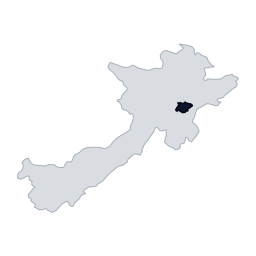 Viengkham, Louangphrabang, Laos (highlighted), rotated 89°
{"feature_id": "54806243B97421577673591", "entity_name": "Viengkham", "entity_type": "district", "adm_level": 2, "iso_a3": "LAO", "parent_name": "Laos", "parent_adm1": "Louangphrabang", "projection": "natural_earth1", "projection_center": [103.07, 20.384], "detail": "fine", "context": "in_parent", "style": "filled", "palette": "ink", "viewbox_px": 256, "rotation_deg": 89, "n_neighbors": 0, "source": "geoboundaries", "source_scale": "gbopen_adm2", "svg_char_len": 5826}
<svg xmlns="http://www.w3.org/2000/svg" viewBox="0 0 256 256"><g transform="rotate(89 128 128)"><path d="M89.2,19.8L90.4,22.3L96.1,29.0L97.0,30.8L99.1,32.1L100.8,38.1L101.6,38.4L102.5,38.0L103.2,37.2L103.8,34.9L104.2,34.7L104.8,36.5L106.4,37.1L107.1,37.9L107.3,39.4L107.1,40.8L105.8,44.2L105.0,48.7L110.5,58.4L112.8,59.8L118.4,61.4L122.1,63.5L123.8,63.0L125.5,60.6L127.5,59.2L131.2,57.2L132.3,57.0L134.4,57.9L137.7,60.3L142.9,64.8L142.7,66.0L141.8,67.2L139.0,69.0L138.2,70.1L138.7,70.6L141.0,70.9L143.7,71.9L144.5,73.1L144.9,75.8L145.4,76.3L147.9,76.0L148.7,76.3L149.6,77.2L150.5,79.4L150.5,81.1L148.0,84.1L147.7,85.9L146.4,88.0L143.0,91.5L142.1,91.7L135.8,89.8L130.8,90.0L130.4,90.8L131.3,92.9L131.5,95.0L130.7,96.6L127.9,98.7L127.8,99.6L128.4,100.6L132.5,102.5L145.9,112.7L152.0,114.6L154.7,115.9L155.4,116.6L155.3,117.5L154.6,118.6L154.1,120.6L154.0,121.8L154.7,123.0L155.8,124.7L159.5,128.6L162.3,129.5L165.1,133.9L166.0,137.8L167.4,140.3L174.4,148.7L180.2,153.8L183.7,159.4L185.4,160.6L185.9,162.6L186.4,168.5L188.4,171.4L188.8,172.6L189.7,173.5L190.7,173.6L192.7,171.7L193.1,172.0L194.0,175.1L194.9,176.2L198.0,178.1L201.2,181.8L203.0,183.2L205.2,184.2L205.5,185.4L205.1,186.6L204.4,187.4L200.6,189.5L200.1,190.5L202.7,195.2L209.0,201.1L211.0,204.7L210.6,206.3L208.8,209.8L207.5,210.7L207.2,211.8L208.2,214.6L208.1,218.9L206.9,219.9L205.8,222.6L205.0,222.8L203.1,221.8L199.1,226.4L197.3,226.1L195.3,228.7L192.7,229.0L190.9,227.1L187.0,224.1L185.6,222.2L184.4,223.8L182.4,225.4L179.5,224.8L178.8,227.1L178.2,227.5L174.7,227.9L174.1,228.3L174.6,230.4L176.7,233.9L177.3,235.9L176.1,239.2L172.5,239.1L170.8,237.8L168.8,235.0L164.2,233.1L161.1,234.4L160.2,234.3L157.9,232.0L157.0,230.5L156.5,228.2L160.0,226.4L161.8,225.0L162.9,223.4L163.4,221.9L164.0,215.3L164.5,213.0L164.2,210.2L163.2,208.0L163.2,204.6L163.7,201.9L165.0,200.6L166.0,198.6L166.5,194.3L166.1,193.1L164.8,192.1L162.5,191.0L161.1,189.8L160.6,188.2L160.6,186.9L161.3,185.7L159.6,184.4L155.6,182.9L153.4,181.2L152.9,179.2L151.2,176.5L148.3,173.3L146.8,168.6L146.6,162.4L146.9,157.4L148.2,151.6L146.5,147.5L144.6,145.3L142.1,143.6L139.6,141.3L137.3,138.3L134.5,133.8L131.3,127.9L129.1,125.2L128.0,125.8L125.6,125.3L122.0,123.6L118.9,122.6L116.3,122.5L114.5,122.9L113.7,123.8L113.7,124.7L114.4,125.6L114.0,126.3L112.6,126.8L111.5,127.7L110.2,129.9L109.3,132.8L108.0,133.9L106.0,134.1L104.0,134.9L102.0,136.3L101.1,137.3L101.2,138.1L100.7,138.2L99.8,137.8L99.3,136.9L99.4,135.4L98.4,134.4L96.3,133.9L94.0,132.3L89.5,128.2L88.5,128.0L87.0,129.1L85.1,131.4L83.5,132.3L82.2,131.8L81.3,132.6L80.6,134.7L79.3,136.4L73.3,140.8L67.9,146.5L66.5,147.0L63.2,145.4L62.2,144.3L66.7,132.6L67.4,129.8L67.3,126.1L65.4,122.9L65.3,122.0L65.6,121.1L67.9,117.5L70.6,108.1L70.5,105.2L69.3,102.1L68.7,99.0L69.2,94.9L69.0,93.3L67.7,92.5L63.6,91.7L61.2,92.4L60.1,93.5L58.7,94.2L56.1,94.6L53.7,93.2L51.6,90.8L51.2,87.9L53.7,81.7L54.4,79.3L54.3,78.2L53.9,77.0L53.3,76.8L52.0,75.3L50.7,72.8L49.5,71.6L48.3,71.8L47.3,72.8L45.6,75.2L45.0,74.9L46.6,66.3L48.0,62.6L49.7,60.9L51.5,60.2L53.4,60.5L54.9,60.2L56.2,59.3L56.1,58.8L54.6,58.6L54.0,57.7L54.3,55.8L55.0,54.6L56.0,54.1L57.0,52.2L58.0,49.1L59.2,47.5L60.6,47.5L62.9,46.1L66.3,43.5L67.6,40.9L68.8,42.1L68.3,45.0L69.0,45.7L69.3,46.7L69.1,48.4L69.4,49.8L69.9,50.5L70.6,50.9L74.2,49.6L76.4,49.5L79.9,51.7L82.0,50.1L82.0,49.5L80.3,47.5L80.9,39.9L80.6,34.2L77.7,29.9L77.1,28.2L76.8,25.4L76.0,23.1L78.1,21.2L79.3,17.6L80.7,16.8L81.2,16.9L83.0,19.6L85.2,18.2L86.9,18.2L88.4,18.9L89.2,19.8Z" fill="#d9dde1" stroke="#a8b0b8" stroke-width="1"/><path d="M113.5,73.2L113.5,72.9L113.4,72.8L113.4,72.7L113.4,72.4L113.4,72.2L113.2,71.9L113.0,71.7L113.2,71.3L113.3,71.2L113.2,71.0L113.3,71.0L113.4,70.9L113.4,70.7L113.2,70.5L112.9,70.5L112.8,70.4L112.8,70.5L112.7,70.5L112.7,70.4L112.4,70.2L112.2,70.0L112.2,69.9L112.0,69.7L111.9,69.7L111.7,69.5L111.7,69.4L111.8,69.4L111.9,69.2L112.0,69.2L112.1,68.9L112.1,68.7L111.9,68.3L111.9,68.2L111.8,67.9L111.7,67.8L111.4,67.8L111.2,68.0L110.8,68.1L110.7,68.0L110.3,68.0L110.1,68.0L109.9,67.9L109.8,67.7L109.6,67.5L109.5,67.4L109.4,67.4L109.3,67.2L109.2,67.0L109.1,66.9L109.1,66.7L109.1,66.4L109.0,66.1L108.9,66.0L108.7,65.8L108.6,65.6L108.4,65.3L108.2,65.1L108.1,64.9L108.0,64.7L107.9,64.6L107.7,64.6L107.6,64.4L107.5,64.1L107.4,64.1L107.3,63.7L107.2,63.6L106.8,63.5L106.7,63.4L106.4,63.3L106.2,63.5L106.0,63.8L105.9,63.9L105.8,64.1L105.8,64.3L105.7,64.3L105.6,64.5L105.4,64.6L105.2,64.7L105.2,64.8L105.0,65.1L105.0,65.4L104.9,65.5L105.0,65.8L105.0,66.1L104.9,66.3L104.9,66.5L104.8,66.9L104.7,67.0L104.5,67.5L104.4,67.8L104.3,68.1L104.3,68.4L104.2,68.5L104.1,69.0L103.8,69.6L103.4,70.0L103.2,70.3L103.3,70.8L103.6,71.1L104.0,71.6L104.2,71.9L104.4,72.8L104.5,73.5L104.4,73.6L103.8,74.6L103.6,75.4L103.7,75.5L103.8,75.6L103.9,75.8L103.9,76.0L103.9,76.5L103.9,76.8L103.8,77.1L103.7,77.3L103.8,77.3L104.1,77.5L104.4,77.6L104.6,77.4L104.8,77.3L104.9,77.2L104.9,76.9L105.0,76.8L105.1,76.7L105.3,76.4L105.6,76.2L105.8,76.0L106.0,76.1L106.1,76.3L106.4,76.6L106.5,76.8L106.6,77.0L106.6,77.3L106.8,77.5L107.0,77.5L107.3,77.5L107.5,77.6L107.5,77.8L107.8,77.8L108.0,78.2L108.3,78.3L108.5,78.3L108.6,78.6L108.5,78.8L108.9,79.0L109.1,79.0L109.3,79.0L109.4,78.9L109.6,78.9L109.6,79.0L109.9,79.4L110.0,79.4L110.1,79.6L110.1,79.8L110.3,79.9L110.5,79.8L110.5,79.7L110.9,79.7L111.1,79.7L111.3,79.6L111.5,79.5L111.5,79.4L111.6,79.2L111.8,78.9L111.9,78.6L111.7,78.6L111.4,78.5L111.3,78.4L111.3,78.2L111.3,77.9L111.1,77.8L111.1,77.7L110.9,77.5L110.7,77.4L110.6,77.2L110.7,76.9L110.8,76.9L111.0,76.8L111.0,76.7L111.1,76.4L111.3,76.3L111.4,76.2L111.5,76.1L111.6,75.9L111.9,75.9L112.0,75.8L112.0,75.6L112.1,75.4L111.9,75.3L111.9,75.2L112.0,75.2L112.3,75.1L112.5,74.9L112.5,74.7L112.7,74.4L112.8,74.3L112.9,74.2L113.1,73.9L113.2,73.7L113.3,73.4L113.4,73.2L113.5,73.2L113.5,73.2Z" fill="#0f172a" stroke="#020617" stroke-width="1.5"/></g></svg>